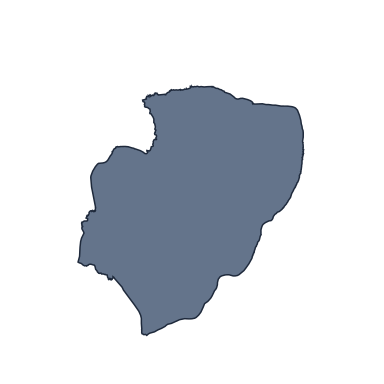 outline of Sumba Barat Daya, Nusa Tenggara Timur, Indonesia, rotated 144°
{"feature_id": "22746128B80160169684098", "entity_name": "Sumba Barat Daya", "entity_type": "district", "adm_level": 2, "iso_a3": "IDN", "parent_name": "Indonesia", "parent_adm1": "Nusa Tenggara Timur", "projection": "albers", "projection_center": [119.172, -9.544], "detail": "fine", "context": "isolated", "style": "filled", "palette": "slate", "viewbox_px": 384, "rotation_deg": 144, "n_neighbors": 0, "source": "geoboundaries", "source_scale": "gbopen_adm2", "svg_char_len": 6068}
<svg xmlns="http://www.w3.org/2000/svg" viewBox="0 0 384 384"><g transform="rotate(144 192 192)"><path d="M312.9,102.6L310.6,102.8L309.1,102.6L304.5,100.9L300.7,100.5L296.8,99.6L292.8,99.1L291.4,99.3L289.5,99.3L285.9,97.8L277.1,96.0L272.5,93.9L269.0,91.1L266.6,89.5L264.0,88.3L262.3,88.1L259.0,88.5L255.4,89.6L250.6,92.3L247.4,94.3L243.7,94.2L242.5,94.4L239.3,95.1L236.9,96.1L231.6,99.0L230.3,99.2L228.5,100.0L226.0,102.0L224.6,103.8L222.0,106.0L219.1,106.9L217.3,106.7L214.1,105.5L212.5,104.6L210.7,103.3L208.1,100.0L206.3,98.7L204.4,97.8L202.6,97.5L196.2,97.9L193.2,98.8L188.2,100.5L182.8,103.0L182.0,103.5L181.0,104.6L180.2,104.7L180.0,105.2L179.0,105.8L178.6,105.8L178.3,106.3L177.4,106.5L177.4,106.8L176.7,107.1L176.5,107.5L175.9,107.8L175.6,108.2L174.5,108.8L173.7,109.6L172.8,110.1L171.8,110.3L171.5,110.7L169.7,111.6L168.4,112.8L166.5,113.2L165.5,113.8L162.7,116.2L161.1,116.9L160.9,117.6L160.5,118.0L158.5,120.8L156.0,122.8L154.3,123.8L153.0,124.1L150.5,124.1L146.7,123.4L144.9,122.4L143.6,122.5L142.3,123.0L140.5,124.4L138.1,125.2L136.5,125.1L134.9,125.5L132.8,124.9L129.3,125.1L128.1,125.6L127.9,125.4L126.8,125.6L125.7,126.2L122.5,126.9L121.9,127.3L120.2,127.8L119.3,128.4L115.5,129.7L112.2,132.2L108.9,133.7L108.4,134.2L106.8,134.7L106.6,135.0L105.5,135.2L104.9,135.6L104.9,135.9L103.8,136.2L103.4,136.6L102.5,136.9L101.9,137.6L100.9,137.7L98.7,139.0L96.2,141.0L95.7,142.0L95.3,142.1L95.0,142.5L93.5,143.2L93.0,143.2L92.3,144.1L92.3,144.5L91.6,144.7L90.8,145.8L90.5,145.9L87.9,148.7L87.6,149.3L87.2,149.5L86.2,150.5L84.2,153.2L83.6,153.2L83.1,153.7L82.8,155.0L82.1,155.1L82.1,155.4L81.4,155.7L81.3,156.1L81.0,156.1L80.2,156.7L80.3,157.5L79.4,157.4L79.1,157.6L79.2,158.0L78.6,158.7L78.7,159.3L78.0,159.5L78.0,159.8L77.3,160.2L77.3,161.0L76.7,161.0L76.8,161.4L76.4,162.3L76.1,162.7L75.8,162.7L74.4,164.8L73.4,166.7L73.1,166.8L73.2,167.2L72.7,168.1L69.8,171.0L67.2,174.5L66.1,176.4L65.5,178.5L64.4,180.5L63.6,182.8L61.9,185.9L60.0,190.8L58.6,196.2L58.9,199.1L59.8,200.8L61.0,202.3L64.0,205.1L69.5,209.2L73.2,213.0L75.6,214.8L78.5,217.6L80.7,219.2L83.2,222.0L89.2,226.0L90.0,226.7L90.4,227.5L91.0,227.4L90.9,228.2L90.4,228.2L90.3,229.1L90.7,230.6L91.2,231.7L92.7,234.1L95.9,238.0L97.7,239.2L100.2,240.1L101.5,241.5L102.0,242.7L102.2,244.2L103.6,248.9L107.0,253.6L106.8,254.8L107.5,255.6L108.3,257.6L109.3,258.7L110.2,260.6L111.2,261.4L111.9,262.2L112.3,263.4L112.9,264.2L113.0,264.9L113.4,265.1L113.9,265.0L114.1,265.2L113.9,265.6L117.7,268.2L120.4,269.8L122.7,272.0L124.3,272.7L125.6,274.5L126.7,274.8L127.6,275.4L128.1,275.9L129.1,276.2L129.6,276.9L129.9,276.9L130.5,277.4L130.4,277.9L130.8,277.6L131.0,277.7L131.3,278.4L131.7,278.0L131.9,277.3L132.7,277.2L135.4,278.1L135.8,278.4L135.8,278.8L136.1,278.5L137.1,279.1L137.6,279.7L138.3,279.6L139.7,280.1L139.9,280.4L140.3,280.5L140.7,281.1L141.2,281.2L141.2,281.5L141.6,281.3L141.9,282.1L143.4,282.6L144.6,283.8L146.4,284.8L146.8,285.5L147.1,285.5L148.4,286.2L148.7,287.5L148.9,286.8L149.3,286.6L150.0,286.8L150.1,286.5L150.4,286.5L150.4,286.9L150.7,286.9L150.8,286.5L151.9,286.3L152.3,286.6L153.8,286.8L154.7,286.5L155.9,286.5L156.1,286.7L156.3,286.3L157.4,287.5L162.1,290.2L162.1,290.7L162.5,291.0L162.6,291.7L162.2,292.3L163.2,293.4L164.3,293.1L164.2,293.5L164.7,293.3L165.0,293.4L166.3,292.6L166.7,292.9L167.1,293.7L168.2,293.6L168.8,294.0L169.4,293.9L168.6,294.7L168.8,295.3L170.0,295.0L170.3,295.4L170.5,295.4L170.7,295.8L171.3,294.9L172.4,295.9L173.7,295.1L174.2,294.1L175.1,294.5L175.8,294.5L177.9,295.4L178.5,294.0L177.8,292.9L177.7,292.2L178.3,291.3L179.2,290.7L179.2,290.0L180.1,289.0L180.0,288.3L178.3,286.5L177.7,284.4L177.3,283.8L178.4,281.8L179.8,280.7L179.9,280.0L179.2,279.4L179.5,275.4L180.0,273.4L182.1,270.6L182.0,269.3L183.2,266.4L184.2,265.3L185.1,264.8L185.1,264.2L184.8,263.7L185.1,263.0L185.9,262.8L186.8,261.7L187.3,261.8L187.9,261.3L188.3,260.3L187.5,259.2L187.7,258.2L188.6,257.3L189.5,257.0L189.9,256.3L189.6,255.7L189.8,255.4L190.3,255.5L191.3,256.5L192.2,256.5L193.8,255.6L194.5,254.3L195.6,253.8L196.1,252.3L196.8,251.9L197.9,252.4L198.7,252.4L199.2,251.7L201.3,250.3L202.4,250.3L204.1,252.1L204.5,251.4L204.3,250.7L204.5,250.1L205.9,249.7L206.6,249.9L207.7,251.1L207.9,252.5L209.4,255.7L212.4,260.0L213.2,260.8L213.3,261.5L214.6,262.9L217.0,266.1L219.4,268.2L223.3,270.9L224.8,271.6L225.6,272.6L226.3,272.6L226.6,273.0L227.0,273.1L227.7,272.8L228.1,272.3L229.5,272.7L231.1,272.1L231.6,271.6L232.7,271.6L233.1,271.4L233.3,270.5L235.3,269.6L236.4,269.4L241.3,267.3L243.3,266.9L245.0,267.1L246.9,267.8L250.8,270.1L252.1,270.1L255.2,269.3L260.1,267.2L264.3,264.4L265.4,263.2L270.3,255.1L278.7,237.0L279.2,236.4L279.2,235.9L280.7,234.6L280.9,233.8L281.3,233.5L281.9,233.4L282.1,234.4L282.3,234.6L282.8,234.6L283.0,233.9L283.2,234.0L283.5,235.1L284.2,235.2L283.8,235.7L284.6,235.8L284.8,236.2L285.2,236.4L286.5,236.3L287.4,235.9L287.6,235.4L288.2,234.8L289.6,234.5L289.7,234.1L290.6,234.6L290.7,234.3L291.2,234.3L291.2,233.9L291.5,234.0L293.0,233.2L292.1,231.8L293.2,230.4L294.0,230.3L296.3,231.9L298.1,232.0L298.7,231.8L298.9,232.2L299.5,231.8L299.4,231.5L300.0,231.0L300.2,230.2L300.6,230.0L300.7,229.2L301.3,228.6L300.8,228.3L300.9,228.2L302.0,227.9L302.7,226.9L303.2,223.1L303.6,222.2L308.5,219.6L311.2,217.4L315.0,213.2L320.8,206.0L325.4,202.3L324.9,201.1L323.5,199.1L323.1,197.0L322.3,195.4L320.8,194.5L320.8,194.1L320.2,194.1L319.7,193.9L319.3,194.0L318.9,193.8L318.5,194.0L317.7,193.9L316.3,193.1L314.0,190.1L314.2,188.8L315.4,186.1L315.2,183.9L315.4,183.5L315.5,182.7L315.2,182.2L315.3,181.3L314.8,180.6L313.3,179.9L313.4,178.9L311.7,177.6L311.2,176.6L310.6,176.3L310.6,176.0L309.4,174.6L310.3,172.9L310.5,171.3L310.9,170.6L310.8,170.1L310.3,170.3L309.2,170.4L308.7,169.4L308.9,169.2L309.4,169.0L309.1,168.4L308.7,168.3L307.9,168.3L307.6,168.8L306.6,168.8L306.0,169.2L305.7,169.8L305.4,169.0L305.5,167.6L304.5,156.1L305.1,152.9L304.9,134.7L305.1,126.7L306.0,122.5L307.2,119.6L310.3,115.3L313.2,110.6L313.8,110.1L313.9,109.7L315.5,107.6L315.7,106.6L315.2,106.1L315.1,105.3L314.7,104.8L313.3,104.1L312.9,102.6Z" fill="#64748b" stroke="#1e293b" stroke-width="1.5"/></g></svg>